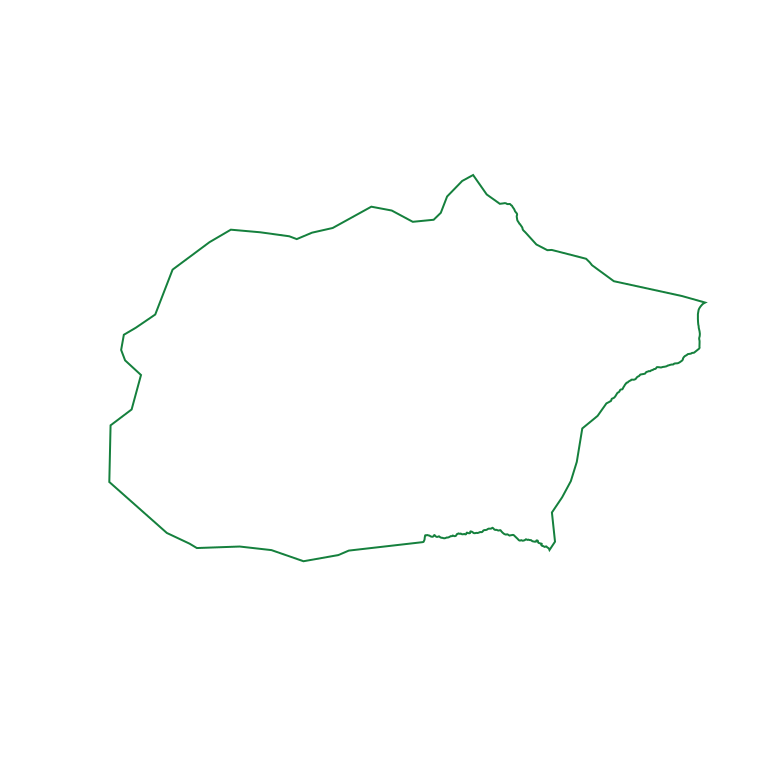 Ider, Dzavhan, Mongolia (orthographic projection), rotated 123°
{"feature_id": "93677404B17775092905458", "entity_name": "Ider", "entity_type": "district", "adm_level": 2, "iso_a3": "MNG", "parent_name": "Mongolia", "parent_adm1": "Dzavhan", "projection": "orthographic", "projection_center": [97.467, 48.187], "detail": "fine", "context": "isolated", "style": "outline", "palette": "green", "viewbox_px": 768, "rotation_deg": 123, "n_neighbors": 0, "source": "geoboundaries", "source_scale": "gbopen_adm2", "svg_char_len": 6082}
<svg xmlns="http://www.w3.org/2000/svg" viewBox="0 0 768 768"><g transform="rotate(123 384 384)"><path d="M484.4,629.0L498.6,623.0L505.2,614.0L508.8,592.7L542.8,581.8L567.6,590.8L615.8,561.0L627.2,485.0L623.8,460.1L623.5,451.6L598.9,416.5L584.6,387.9L576.5,355.0L552.3,329.1L542.9,322.8L495.7,265.6L494.9,264.9L493.9,265.0L492.6,265.2L491.7,265.6L491.2,265.9L490.6,266.2L488.6,267.0L488.3,266.9L488.2,266.5L488.0,266.2L487.8,266.0L487.4,265.8L487.2,265.6L486.7,264.1L486.4,263.3L486.4,261.9L486.2,261.1L485.8,260.4L485.6,260.0L485.0,259.7L484.6,259.6L484.2,259.5L483.5,259.6L483.3,259.5L483.2,259.3L483.6,257.8L483.6,257.1L483.5,256.5L483.3,256.2L482.9,255.7L482.6,255.5L482.0,255.1L481.8,254.9L481.9,253.6L481.9,253.0L481.8,252.5L481.7,252.1L481.4,251.7L481.3,251.4L481.1,250.9L480.9,250.1L480.4,249.2L479.7,248.5L478.9,248.0L478.6,247.8L478.4,247.4L478.1,247.0L477.4,246.3L476.0,245.5L475.4,245.3L475.2,245.0L474.9,244.5L474.5,244.1L474.3,243.9L473.8,243.9L473.6,243.7L473.4,242.5L473.2,242.0L472.9,241.6L472.5,241.3L472.3,241.1L471.6,241.0L471.4,241.0L470.6,241.1L470.3,241.1L470.0,240.8L469.7,240.6L469.3,240.4L469.1,240.4L468.8,240.2L468.7,240.0L468.6,239.4L468.2,238.6L468.0,238.3L467.7,238.2L467.6,237.8L467.6,237.4L467.5,236.7L467.0,235.9L466.0,234.9L465.9,234.5L465.9,234.0L465.5,233.6L465.3,233.4L464.8,233.4L464.3,233.4L464.1,233.6L463.8,233.6L463.5,233.5L463.4,233.3L463.3,232.6L463.0,231.7L462.8,231.3L462.5,230.9L462.2,230.7L461.7,230.7L461.5,230.8L460.9,231.2L460.7,231.2L460.4,231.0L460.3,230.6L460.1,230.1L460.0,229.6L460.0,228.8L460.2,228.0L460.1,227.4L459.9,227.0L459.7,226.6L458.7,225.6L458.5,225.4L458.1,224.5L457.7,224.1L457.1,223.6L456.0,222.9L455.7,222.6L455.5,222.1L455.0,221.4L454.8,221.2L454.3,221.0L453.8,220.9L452.9,220.9L452.4,220.6L452.0,220.4L451.6,219.9L451.1,219.2L450.7,218.8L450.2,218.4L449.0,217.9L448.4,217.5L448.2,217.3L447.3,215.9L446.9,215.4L446.5,215.2L445.9,214.9L445.6,214.8L445.5,214.5L445.5,214.0L445.6,213.4L445.9,212.5L445.9,211.9L445.8,211.4L445.7,211.1L445.4,210.8L445.2,210.5L445.0,210.1L444.9,209.6L444.8,209.0L444.6,208.3L444.3,207.9L443.6,207.2L443.4,207.1L443.3,206.9L443.2,206.6L443.6,205.5L443.9,204.4L444.1,203.6L444.2,202.6L444.3,201.7L444.2,200.8L444.0,200.0L443.8,199.6L443.1,199.0L442.9,198.7L442.8,198.1L442.8,197.6L442.8,196.8L442.8,196.7L442.7,196.1L441.9,195.4L441.0,194.4L440.5,193.9L440.3,193.6L440.1,193.0L440.2,192.3L440.6,190.2L441.1,187.6L441.5,186.0L441.5,185.2L441.3,184.8L441.2,184.6L440.3,183.9L440.1,183.5L440.1,183.0L440.0,182.6L439.7,182.1L439.3,181.7L438.6,181.1L437.6,180.6L437.1,180.5L436.9,180.3L436.7,179.3L436.6,178.8L435.9,178.1L435.7,177.2L435.1,176.0L434.9,175.7L434.9,175.2L435.0,174.9L435.0,174.4L435.0,174.0L434.9,173.5L434.8,173.2L434.5,172.6L434.3,172.0L434.0,171.5L433.7,171.0L433.4,170.7L433.0,170.8L432.7,170.9L432.3,170.9L432.1,170.8L431.9,170.6L431.8,170.3L431.7,169.9L431.9,169.4L432.3,169.0L432.8,168.6L432.9,168.4L433.0,168.1L433.0,167.5L432.6,166.2L432.3,165.3L432.1,164.9L432.1,164.7L432.3,164.5L432.6,164.5L432.8,164.6L433.2,164.6L433.4,164.3L433.5,163.9L433.6,163.5L433.5,162.8L433.2,162.1L433.2,160.7L433.0,160.4L432.0,159.7L431.8,159.3L431.9,159.0L432.1,158.2L432.1,157.6L432.1,157.2L432.1,156.8L432.1,156.3L432.3,155.9L433.1,154.8L423.1,154.7L400.3,173.2L382.0,172.9L363.7,174.4L344.3,179.9L313.3,193.5L294.4,187.5L279.1,186.9L276.5,185.4L275.9,185.2L274.9,184.5L274.4,184.5L274.0,184.5L273.5,184.7L272.9,184.8L272.4,184.9L272.0,184.7L271.0,184.0L270.5,183.7L269.8,183.5L268.6,183.3L264.4,183.4L263.7,183.1L263.1,182.7L262.6,182.6L262.0,182.5L260.6,182.7L259.7,182.4L259.2,181.9L258.7,181.3L258.1,181.2L257.7,181.2L256.7,181.4L254.8,181.4L253.3,181.5L252.7,181.4L251.8,181.4L251.5,181.2L251.3,181.2L250.8,181.2L250.5,181.0L250.2,180.6L249.8,180.4L248.9,180.3L247.3,179.5L247.1,179.4L246.6,179.0L246.2,178.9L245.7,178.9L245.5,178.7L244.7,177.4L244.4,176.9L244.0,176.5L243.5,176.1L242.7,175.7L241.9,175.6L241.0,175.6L240.2,175.4L239.3,175.0L238.7,174.6L238.2,174.4L237.6,174.3L237.2,174.3L236.4,174.1L234.8,172.4L234.1,171.6L233.5,171.1L233.0,170.7L231.4,170.6L230.9,170.4L229.9,169.5L229.2,169.1L228.9,168.8L228.5,168.0L228.2,167.7L227.4,167.5L226.9,167.2L226.5,166.8L226.0,166.5L225.7,166.2L224.8,165.8L224.4,165.6L224.1,165.3L223.7,164.8L223.2,164.5L222.7,164.4L221.7,164.4L221.3,164.3L221.0,164.0L220.2,162.6L219.4,160.9L219.2,160.6L217.7,159.3L216.9,158.3L215.4,156.8L214.7,156.4L214.2,156.2L213.9,156.0L213.7,155.7L213.4,155.5L213.1,155.2L212.5,154.8L211.2,153.6L210.1,152.1L209.7,151.9L209.3,151.9L208.9,151.7L208.3,151.2L206.9,149.3L206.3,148.7L204.9,147.9L203.4,147.3L202.7,147.0L201.7,146.7L201.2,146.7L200.4,146.8L199.9,147.1L199.6,147.1L199.1,147.2L198.6,147.2L197.7,147.1L196.8,146.9L194.9,145.9L193.9,145.6L193.4,145.4L191.8,143.6L191.0,142.9L190.2,142.6L190.0,142.4L189.6,141.8L188.8,141.0L188.2,140.8L184.0,139.4L183.1,139.1L182.6,139.0L182.3,139.0L181.7,139.1L181.0,139.7L177.9,141.6L176.6,142.4L175.7,143.1L174.7,144.1L174.3,144.4L173.5,144.8L171.9,145.3L169.9,146.4L167.9,148.1L165.5,150.6L163.9,151.8L163.1,152.7L161.2,154.2L158.3,156.3L156.4,157.5L154.6,158.7L153.3,159.3L150.5,160.5L149.4,160.7L147.9,160.8L146.1,160.7L144.0,160.4L142.6,160.0L140.8,159.0L147.9,181.9L172.6,247.2L171.1,274.2L169.9,277.8L168.9,282.7L180.2,316.3L182.8,319.9L184.0,332.2L179.8,348.1L179.3,350.6L178.9,351.7L177.5,353.2L177.1,354.0L176.2,356.3L175.9,356.8L175.9,357.3L175.8,357.8L175.4,358.5L174.6,360.3L174.2,361.2L173.5,361.9L171.3,363.9L170.9,364.1L170.5,364.3L169.9,364.4L169.5,364.6L168.9,365.1L168.6,365.6L168.0,367.5L167.8,368.1L167.4,368.7L166.5,370.0L165.6,372.2L165.3,372.9L165.0,373.4L164.8,373.8L164.8,374.3L164.8,374.9L164.6,375.5L164.5,376.0L164.5,376.5L164.7,376.8L165.8,378.3L166.0,378.8L166.0,379.7L166.1,380.3L166.3,380.7L166.6,381.3L167.7,382.5L169.8,385.0L169.1,401.1L160.2,423.1L171.1,429.0L192.4,433.2L209.5,429.6L219.2,431.8L232.3,448.2L234.3,472.0L242.2,491.2L281.1,512.0L296.3,526.8L310.0,536.1L311.7,543.9L324.2,570.5L338.0,596.5L360.1,607.6L403.2,623.6L450.3,613.7L472.0,622.8L484.4,629.0Z" fill="none" stroke="#15803d" stroke-width="2"/></g></svg>